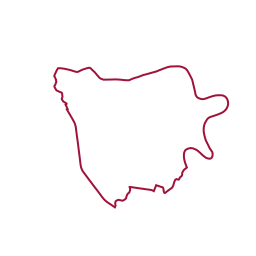 Quan 9, Hồ Chí Minh city, Vietnam, rotated 294°
{"feature_id": "81297802B54605917200404", "entity_name": "Quan 9", "entity_type": "district", "adm_level": 2, "iso_a3": "VNM", "parent_name": "Vietnam", "parent_adm1": "Hồ Chí Minh city", "projection": "albers", "projection_center": [106.816, 10.829], "detail": "fine", "context": "isolated", "style": "outline", "palette": "rose", "viewbox_px": 256, "rotation_deg": 294, "n_neighbors": 0, "source": "geoboundaries", "source_scale": "gbopen_adm2", "svg_char_len": 3924}
<svg xmlns="http://www.w3.org/2000/svg" viewBox="0 0 256 256"><g transform="rotate(294 128 128)"><path d="M154.2,39.8L152.2,39.5L151.9,39.5L150.5,39.4L147.3,39.4L145.8,39.4L144.9,40.1L144.5,40.9L143.8,41.5L143.1,42.2L142.8,42.6L141.8,43.1L141.2,43.7L138.9,43.9L137.7,43.9L136.3,43.7L135.5,44.3L134.5,45.6L133.6,46.8L133.3,47.4L133.2,49.2L133.2,49.3L133.3,51.9L133.3,53.0L132.6,53.9L131.6,54.4L130.4,55.1L129.8,55.5L127.7,55.6L127.1,56.2L126.5,57.2L125.9,58.1L125.7,59.6L125.4,61.8L125.1,62.1L124.8,62.0L124.5,62.0L123.9,61.5L121.7,64.1L120.7,65.2L120.1,64.6L114.5,72.4L113.4,73.9L112.6,74.9L111.6,76.3L110.1,77.9L109.3,78.6L107.5,80.0L104.0,82.1L98.6,85.4L93.3,88.7L87.1,92.4L86.8,92.6L81.2,96.0L76.3,98.9L74.0,100.4L72.9,101.2L71.8,102.3L71.4,102.7L70.5,103.7L68.3,107.5L66.4,110.9L65.2,113.0L64.2,114.8L63.0,117.0L61.3,120.0L58.5,125.2L56.0,129.7L54.5,132.3L53.5,134.2L52.7,136.1L52.0,138.4L51.5,140.9L50.7,145.7L50.2,148.3L50.7,148.3L50.8,148.3L51.2,148.3L51.8,148.2L52.4,148.0L52.8,147.7L53.5,147.3L54.1,146.9L54.7,146.7L55.3,146.6L55.6,146.6L56.1,146.6L56.6,146.8L57.0,147.1L57.7,147.7L58.4,148.3L58.6,148.8L58.7,149.2L58.8,149.8L59.0,150.7L59.1,151.7L59.3,152.4L59.6,152.8L60.0,153.2L60.5,153.6L61.0,153.9L61.9,154.4L62.4,154.7L62.8,154.8L63.0,154.8L63.4,154.8L63.7,154.7L64.3,154.5L64.8,154.5L65.3,154.4L65.9,154.4L66.4,154.4L66.9,154.4L67.6,154.5L68.0,154.6L68.3,154.7L69.0,155.1L69.4,155.4L69.9,155.4L70.2,155.4L70.8,155.3L71.6,155.2L72.0,155.2L72.4,155.1L72.8,154.9L73.5,154.5L74.7,153.5L74.9,153.8L75.1,154.3L75.3,155.1L75.5,155.7L76.8,160.3L77.4,162.6L78.4,165.9L79.3,169.2L80.2,172.1L80.7,174.1L80.9,174.5L80.9,174.9L80.9,176.0L80.8,177.3L85.2,177.1L87.2,177.0L87.7,182.7L87.9,183.6L87.7,184.3L87.1,184.9L84.4,186.6L83.6,187.5L83.6,188.1L83.9,188.4L87.2,190.1L91.1,192.4L92.4,192.7L94.0,192.7L95.3,192.5L97.4,192.3L98.8,192.2L99.3,192.2L100.0,192.3L100.6,192.7L100.9,192.9L101.1,193.2L101.1,193.6L101.2,194.5L101.3,194.9L101.5,195.3L101.7,195.5L102.0,195.6L102.4,195.6L102.8,195.5L103.1,195.5L103.4,195.5L103.7,195.5L104.3,195.7L105.1,196.2L105.8,196.4L106.2,196.5L106.6,196.6L107.1,196.5L107.7,196.4L108.2,196.1L109.0,195.8L109.6,195.8L110.1,195.8L111.0,195.9L112.3,196.1L113.3,196.5L114.2,197.0L115.8,197.9L117.2,196.5L119.8,194.0L122.0,192.3L124.2,190.9L126.2,190.0L128.0,189.4L129.2,189.3L130.0,189.3L130.9,189.4L131.5,189.6L131.9,189.9L133.1,190.8L134.2,192.0L135.1,193.3L135.4,194.1L135.8,195.7L135.9,198.2L135.8,200.0L135.4,201.6L134.6,204.2L133.5,207.2L132.7,210.4L132.5,211.5L132.6,212.9L132.8,214.0L133.1,215.0L133.6,215.7L134.1,216.2L134.8,216.5L136.0,216.6L137.1,216.5L139.1,215.7L139.9,215.1L140.4,214.7L140.8,214.0L141.9,212.2L142.7,210.9L143.0,210.6L148.2,204.3L149.2,203.4L150.9,201.9L152.5,200.7L154.6,199.2L155.8,198.5L157.0,197.9L158.0,197.5L160.0,196.8L161.9,196.4L164.6,196.3L167.8,196.7L168.9,197.0L170.0,197.6L170.8,198.0L171.5,198.7L176.7,204.4L179.9,207.4L181.7,208.7L183.5,209.5L185.3,210.1L187.3,210.2L189.0,210.1L190.5,209.8L192.1,209.0L193.4,208.1L194.5,207.1L195.2,206.2L195.9,204.9L196.2,204.0L196.3,202.7L196.3,201.7L196.0,200.3L195.3,198.6L193.9,195.7L192.9,194.1L191.8,192.7L189.6,190.2L187.0,187.5L185.5,185.8L184.9,184.9L184.5,184.0L184.1,182.2L184.0,179.8L184.2,178.9L184.6,177.9L185.8,176.3L189.3,173.8L198.2,167.0L202.0,162.4L204.5,159.0L205.6,156.8L205.8,154.5L205.7,152.3L205.6,151.6L205.0,149.3L203.0,145.0L201.3,141.6L200.1,139.9L198.4,138.0L194.0,133.6L193.8,133.3L192.4,132.1L191.6,131.4L184.9,123.3L184.3,122.6L182.7,120.5L178.5,116.3L176.5,113.8L175.0,112.2L172.9,110.3L172.0,109.4L171.5,108.4L170.5,105.9L169.9,104.1L168.9,100.9L167.3,96.8L165.0,92.0L162.2,86.0L162.1,84.7L162.0,83.0L162.1,82.1L162.6,80.8L163.9,78.0L165.4,75.0L166.5,71.7L167.3,69.8L167.4,68.6L167.2,67.9L166.9,67.5L165.6,65.8L163.2,63.1L161.7,61.7L159.0,59.5L158.2,57.9L157.9,55.7L157.5,52.1L157.0,49.4L156.3,45.9L155.4,42.8L154.2,39.8Z" fill="none" stroke="#9f1239" stroke-width="2"/></g></svg>